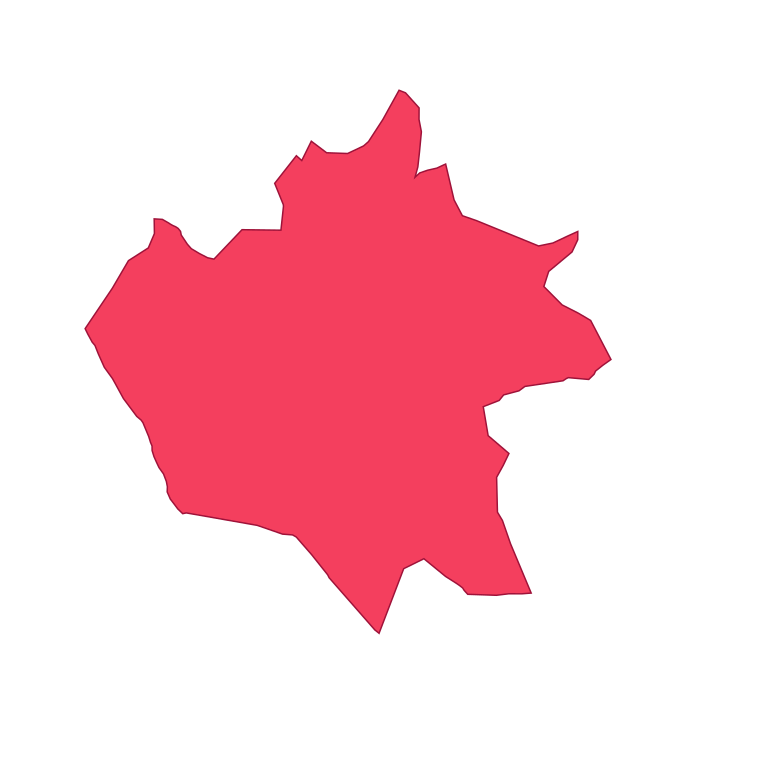 Yabo, Sokoto, Nigeria (Albers equal-area conic projection), rotated 242°
{"feature_id": "59680162B68131021355449", "entity_name": "Yabo", "entity_type": "district", "adm_level": 2, "iso_a3": "NGA", "parent_name": "Nigeria", "parent_adm1": "Sokoto", "projection": "albers", "projection_center": [4.952, 12.773], "detail": "fine", "context": "isolated", "style": "filled", "palette": "rose", "viewbox_px": 768, "rotation_deg": 242, "n_neighbors": 0, "source": "geoboundaries", "source_scale": "gbopen_adm2", "svg_char_len": 1755}
<svg xmlns="http://www.w3.org/2000/svg" viewBox="0 0 768 768"><g transform="rotate(242 384 384)"><path d="M130.3,415.8L183.4,420.7L207.9,424.5L217.6,424.0L248.7,439.6L256.2,451.1L264.0,461.7L289.5,451.7L317.4,461.0L315.4,478.0L318.2,484.5L316.0,494.0L314.6,500.0L315.7,507.3L302.8,543.6L303.2,547.6L303.1,549.7L291.9,566.9L294.0,574.1L296.1,576.9L297.8,586.0L299.1,595.9L343.1,596.3L355.2,588.9L370.2,578.4L395.0,570.9L406.1,582.3L412.3,612.0L420.4,622.8L427.7,626.7L428.4,615.7L429.2,599.3L433.3,585.3L484.8,542.4L495.8,532.2L513.7,532.3L549.3,541.7L549.8,532.0L552.3,522.8L553.6,514.7L552.0,508.5L559.8,515.8L572.4,524.4L589.1,535.4L601.1,539.1L611.3,544.6L631.0,539.7L636.3,535.2L618.1,507.2L605.3,484.1L603.8,477.7L604.6,460.1L615.1,441.9L632.5,433.8L619.9,416.3L626.7,413.8L612.5,381.7L589.6,379.3L588.0,378.6L568.2,365.2L586.9,331.1L574.1,292.5L578.3,287.5L585.8,282.3L593.9,277.4L599.8,276.0L610.7,274.9L614.3,276.0L618.0,275.3L620.6,273.9L623.0,272.0L625.5,270.4L627.2,269.5L633.4,265.6L637.7,258.6L624.6,251.9L614.8,239.8L612.9,216.3L596.1,189.1L573.2,146.1L567.0,145.9L557.8,146.0L553.7,146.9L544.8,145.9L530.0,144.9L516.3,146.8L510.7,146.9L493.5,147.1L471.4,150.5L466.2,152.6L463.0,153.0L448.2,151.6L441.9,150.4L438.2,150.1L434.1,148.0L427.8,146.8L422.0,146.4L415.8,146.1L408.1,147.1L400.2,146.1L395.0,144.5L390.5,141.9L382.7,141.3L377.4,142.2L370.4,143.3L364.0,145.4L363.0,148.9L318.7,205.7L299.1,223.9L293.7,232.4L290.1,234.7L267.2,240.0L241.9,244.7L238.7,244.6L171.8,260.3L171.5,260.3L166.5,262.5L166.2,262.6L211.7,314.7L211.0,337.2L195.0,343.9L185.2,348.0L173.5,354.6L170.6,356.1L167.0,357.7L164.1,357.9L159.0,359.2L151.0,373.1L144.7,384.0L140.2,395.7L134.0,407.3L130.3,415.8Z" fill="#f43f5e" stroke="#9f1239" stroke-width="1.5"/></g></svg>